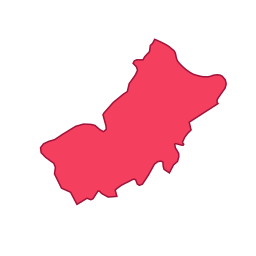 Villa Constitución, Salto, Uruguay, rotated 118°
{"feature_id": "84410073B3070112347268", "entity_name": "Villa Constitución", "entity_type": "district", "adm_level": 2, "iso_a3": "URY", "parent_name": "Uruguay", "parent_adm1": "Salto", "projection": "albers", "projection_center": [-57.701, -31.128], "detail": "fine", "context": "isolated", "style": "filled", "palette": "rose", "viewbox_px": 256, "rotation_deg": 118, "n_neighbors": 0, "source": "geoboundaries", "source_scale": "gbopen_adm2", "svg_char_len": 1846}
<svg xmlns="http://www.w3.org/2000/svg" viewBox="0 0 256 256"><g transform="rotate(118 128 128)"><path d="M64.2,60.0L63.5,61.4L62.3,62.0L61.5,62.5L58.8,62.5L56.7,62.2L54.5,62.0L54.3,61.9L51.6,61.6L49.7,61.3L48.0,61.1L47.2,61.0L45.8,61.3L44.5,61.6L43.2,61.9L42.0,62.8L40.7,63.9L39.8,64.7L38.6,67.7L38.1,68.9L38.1,71.5L38.6,72.9L39.2,74.4L41.4,77.5L42.2,78.2L43.5,79.2L44.1,80.1L45.3,81.5L46.0,82.9L46.2,83.3L46.9,84.4L47.0,84.8L47.4,85.7L47.6,86.3L48.1,87.5L48.6,89.6L49.4,92.9L49.7,94.1L49.8,94.9L49.9,96.7L49.8,98.8L49.8,99.6L49.7,100.3L49.5,102.1L49.2,104.3L49.1,104.8L48.5,107.3L48.0,109.3L47.2,111.7L46.8,113.0L46.3,114.1L45.9,115.1L44.8,116.8L43.4,118.2L42.3,119.2L40.7,120.4L39.3,121.8L38.3,123.4L38.1,124.2L37.9,124.9L37.5,127.0L37.0,129.1L36.8,130.6L36.6,132.5L36.6,133.9L36.6,135.5L36.6,137.3L36.7,139.1L36.8,140.9L36.9,142.8L37.0,144.3L37.2,146.1L41.6,146.0L44.7,147.0L50.5,144.9L57.2,146.7L60.8,146.8L63.7,152.3L65.7,153.9L68.5,153.9L70.1,149.2L72.6,146.7L77.8,146.4L84.8,147.3L88.1,147.8L96.2,145.7L100.1,147.9L112.3,153.0L126.1,156.3L128.1,156.3L136.7,148.2L139.5,146.6L142.7,147.9L142.7,152.0L141.2,158.5L142.2,162.4L145.4,169.1L151.1,175.0L164.3,182.8L172.7,187.3L177.0,191.7L181.6,195.1L186.4,196.0L190.6,193.1L192.6,186.8L194.0,176.9L196.9,173.6L203.0,171.4L212.3,158.5L211.7,148.5L219.4,137.2L209.3,131.2L208.8,127.2L207.0,125.7L197.7,124.9L197.2,123.5L198.2,120.4L198.3,113.1L193.6,105.7L188.8,110.2L186.7,109.4L181.5,106.9L170.6,99.2L170.0,97.1L173.2,93.4L173.3,91.1L170.8,88.9L160.1,87.9L147.6,87.7L143.8,86.0L141.7,83.3L141.7,81.2L145.5,78.8L147.6,76.7L148.2,70.4L139.3,70.5L134.3,68.6L129.6,69.6L126.8,71.2L124.7,74.4L123.5,76.6L120.4,79.2L119.4,78.5L117.9,72.4L117.3,71.2L116.1,71.2L115.7,72.4L114.9,73.2L109.7,73.6L105.0,72.9L100.1,71.4L94.1,76.7L64.2,60.0Z" fill="#f43f5e" stroke="#9f1239" stroke-width="1.5"/></g></svg>